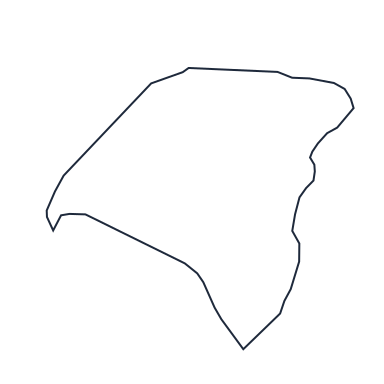 outline of Gorenja vas-Poljane, rotated 14°
{"feature_id": "SVN-1011", "entity_name": "Gorenja vas-Poljane", "entity_type": "Municipality", "adm_level": 1, "iso_a3": "SVN", "parent_name": "Slovenia", "parent_adm1": "", "projection": "albers", "projection_center": [14.155, 46.109], "detail": "fine", "context": "isolated", "style": "outline", "palette": "slate", "viewbox_px": 384, "rotation_deg": 14, "n_neighbors": 0, "source": "natural_earth", "source_scale": "10m", "svg_char_len": 650}
<svg xmlns="http://www.w3.org/2000/svg" viewBox="0 0 384 384"><g transform="rotate(14 192 192)"><path d="M312.8,233.6L311.3,262.4L308.0,275.3L306.9,288.6L279.8,332.1L251.3,308.4L241.9,298.7L224.8,276.8L216.8,269.7L202.3,263.0L94.0,239.5L78.4,242.9L70.6,246.3L66.6,262.9L57.3,251.3L55.5,245.1L58.9,224.6L63.5,207.1L126.1,96.5L154.1,77.9L158.7,72.5L245.9,54.8L261.5,56.9L278.4,53.4L303.4,51.9L315.2,55.1L323.4,63.0L328.5,71.5L317.3,94.4L308.9,102.2L302.4,114.4L299.0,123.7L298.2,130.0L304.1,135.9L306.2,142.4L307.1,151.5L301.8,160.5L297.6,171.2L297.4,188.7L298.7,205.5L308.6,216.0L312.8,233.6Z" fill="none" stroke="#1e293b" stroke-width="2"/></g></svg>